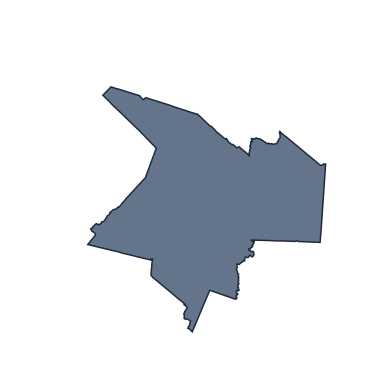 the district of Los Herreras, Nuevo León, Mexico, rotated 310°
{"feature_id": "50627088B26281620081416", "entity_name": "Los Herreras", "entity_type": "district", "adm_level": 2, "iso_a3": "MEX", "parent_name": "Mexico", "parent_adm1": "Nuevo León", "projection": "mercator", "projection_center": [-99.412, 25.939], "detail": "fine", "context": "isolated", "style": "filled", "palette": "slate", "viewbox_px": 384, "rotation_deg": 310, "n_neighbors": 0, "source": "geoboundaries", "source_scale": "gbopen_adm2", "svg_char_len": 5950}
<svg xmlns="http://www.w3.org/2000/svg" viewBox="0 0 384 384"><g transform="rotate(310 192 192)"><path d="M208.8,61.5L208.2,70.9L207.8,73.0L207.5,76.0L206.7,89.7L206.3,94.0L205.2,110.9L204.9,114.3L204.8,114.8L204.6,115.2L204.8,115.7L203.9,123.8L203.9,124.9L203.6,125.9L203.0,132.4L202.9,134.7L202.7,134.9L202.6,136.5L189.9,141.0L181.2,144.2L177.7,145.4L173.1,147.1L145.9,145.8L133.6,145.8L133.1,145.5L133.1,145.2L132.9,145.0L132.6,144.9L130.8,144.9L130.3,144.6L129.7,144.4L128.4,143.5L126.9,142.8L124.9,142.8L124.6,142.5L124.0,142.3L123.6,142.3L123.3,142.3L123.1,142.4L122.9,143.0L122.6,143.2L121.4,143.1L119.5,142.4L118.3,142.6L117.4,143.1L116.5,142.8L116.0,143.3L115.1,143.2L114.4,143.3L114.0,143.5L113.2,143.2L112.4,143.3L111.1,142.1L110.9,142.1L110.3,142.2L109.8,142.5L109.5,142.6L109.3,142.6L108.9,142.3L108.5,142.5L108.3,142.5L106.9,141.5L106.9,141.3L106.8,141.2L107.0,141.0L107.0,140.8L106.7,140.7L106.2,139.0L105.4,138.9L104.9,138.7L104.6,138.6L103.3,138.8L102.7,138.5L101.8,138.3L101.3,138.3L101.0,138.5L100.6,138.7L100.5,138.8L100.4,139.0L100.2,139.1L99.5,138.6L99.0,138.1L98.9,138.1L98.7,138.1L98.2,139.0L97.7,140.2L97.7,140.8L98.1,143.7L97.2,145.7L84.7,145.9L99.1,174.7L100.2,177.5L113.4,204.1L114.4,203.6L115.3,204.9L114.1,205.5L102.0,213.9L101.3,216.9L101.4,223.3L101.5,241.3L101.4,250.4L101.3,251.2L101.5,251.3L101.5,258.9L100.5,258.6L100.8,261.5L100.6,261.5L100.4,262.5L99.9,262.8L99.6,262.9L98.5,262.9L97.6,263.1L96.8,263.3L95.6,263.3L95.3,263.4L94.9,263.9L94.1,263.8L93.5,264.0L93.4,264.3L92.9,264.8L92.9,265.1L92.7,265.3L92.2,265.5L91.0,266.7L90.2,267.1L90.1,267.9L90.3,268.3L90.3,268.7L91.1,269.4L91.6,270.1L91.7,270.4L92.2,273.9L90.1,274.8L88.3,275.6L85.9,276.1L84.9,276.5L85.5,277.5L85.2,279.8L85.0,282.1L121.1,270.9L127.6,269.0L127.9,269.0L128.2,269.0L136.6,291.1L136.8,291.5L137.0,292.2L137.3,292.6L137.2,292.9L137.4,293.2L137.8,294.4L139.3,294.6L139.7,294.5L139.9,294.4L140.0,293.7L140.2,293.2L140.3,292.9L140.4,292.6L140.8,292.6L141.3,292.7L142.0,292.7L143.1,292.7L143.4,292.6L143.5,292.2L143.1,291.9L143.1,291.5L143.4,290.8L143.9,290.6L144.1,289.9L144.3,289.6L145.0,289.5L145.3,289.6L145.6,289.9L146.1,291.0L146.3,291.2L146.7,291.2L147.5,290.7L147.7,290.3L147.7,290.1L147.5,289.8L147.6,289.6L147.8,289.3L148.0,288.8L148.1,288.7L148.4,288.7L148.9,288.8L149.0,288.8L149.4,288.1L149.6,287.2L150.0,286.9L150.3,286.8L151.3,287.1L152.0,286.8L152.4,286.2L152.3,285.7L152.4,285.4L152.8,285.2L153.0,284.9L153.3,284.8L154.0,284.8L154.5,284.5L154.8,284.2L155.0,283.4L155.2,283.2L155.9,283.1L156.7,282.8L156.8,282.5L156.9,281.8L157.2,281.4L158.5,280.9L158.9,280.6L159.0,280.2L159.2,278.8L159.5,278.5L160.2,277.9L160.5,277.5L160.7,277.1L160.8,276.4L160.9,276.1L161.3,275.8L161.7,275.7L162.4,275.6L162.8,275.5L164.6,273.6L165.1,273.2L165.6,272.8L166.0,272.8L166.3,273.1L166.3,274.0L167.1,274.8L167.8,274.8L169.0,275.0L170.7,275.6L172.4,275.5L172.8,275.8L172.7,276.2L172.9,276.5L173.1,276.6L173.4,276.6L173.6,276.2L173.9,276.1L175.6,274.8L176.0,274.7L176.4,274.7L176.7,274.9L176.8,275.0L176.9,275.8L177.1,276.3L178.1,277.1L178.8,277.3L179.2,277.2L179.5,277.1L179.8,276.8L180.0,276.8L180.4,276.8L180.7,277.0L180.8,277.5L180.9,277.8L180.7,279.2L180.9,279.6L181.1,279.9L181.3,280.0L181.6,280.1L182.3,279.9L183.2,280.0L183.6,279.8L184.0,279.5L184.7,278.8L185.5,278.2L185.6,276.8L185.3,276.5L184.7,276.1L184.5,275.6L184.4,275.3L184.5,274.9L185.0,274.3L185.0,274.1L185.0,273.9L184.9,273.8L184.3,273.7L184.0,273.4L184.1,272.7L184.3,272.3L184.6,272.1L184.8,272.1L185.4,272.2L185.8,272.4L186.1,272.6L186.7,273.1L187.4,273.2L188.0,273.1L188.4,273.5L188.7,273.5L189.0,273.5L189.3,273.4L189.6,272.6L190.1,272.3L190.5,272.2L190.9,272.5L191.2,272.5L192.4,272.3L192.6,272.1L192.6,271.7L192.8,271.5L193.1,271.5L193.5,271.8L194.1,271.3L194.3,270.9L194.3,270.7L194.1,270.5L193.7,270.0L193.2,269.8L192.9,269.2L192.8,268.8L193.0,268.4L193.5,268.3L194.9,270.3L205.5,283.7L206.6,285.2L208.6,287.9L212.2,292.2L220.8,303.2L221.9,303.2L222.3,303.9L222.1,304.8L235.7,322.5L244.7,316.2L299.3,276.4L298.0,274.7L297.7,274.8L297.0,274.8L296.4,274.8L295.0,273.1L294.9,253.4L294.8,228.3L294.7,228.0L294.6,221.4L294.8,221.0L294.8,220.5L294.4,220.8L293.6,220.8L293.4,221.1L293.1,221.3L293.0,221.7L293.3,222.2L293.3,222.3L291.8,223.1L291.5,223.4L290.4,224.5L290.1,224.7L289.7,224.8L289.0,224.8L288.8,224.8L288.5,224.7L288.0,224.6L287.9,224.7L287.1,224.8L286.4,225.3L286.0,225.4L284.8,225.4L284.1,225.6L283.9,225.7L283.5,225.7L282.9,225.3L282.4,225.1L282.1,224.5L281.6,224.2L280.7,223.3L280.4,222.9L280.3,222.2L280.0,221.5L279.8,221.4L279.2,221.2L278.9,220.8L278.7,220.1L278.6,219.5L278.5,219.1L278.1,218.9L277.5,218.8L277.2,218.6L277.2,217.6L277.1,216.5L277.2,215.7L276.9,214.6L276.9,213.6L276.7,212.1L276.4,211.1L276.5,210.2L276.3,209.7L275.8,209.2L275.6,208.9L275.1,207.8L274.9,206.8L274.7,206.5L274.5,206.4L274.3,206.3L273.6,206.1L272.5,205.6L272.3,205.2L272.0,204.2L271.5,203.4L271.1,203.3L270.8,203.3L270.7,203.4L270.4,204.2L270.2,204.6L270.1,205.3L269.5,205.7L269.4,205.7L269.2,205.6L268.8,204.9L268.3,204.7L268.2,204.8L268.0,205.2L267.7,205.4L267.3,205.5L266.9,205.9L266.5,206.2L265.9,206.3L265.7,206.4L265.3,206.8L265.0,207.0L264.2,206.8L264.0,207.0L263.9,207.3L263.8,207.9L263.7,208.2L263.5,208.5L262.9,208.6L262.5,208.9L261.4,209.0L260.8,209.7L259.6,210.2L258.9,210.6L258.4,210.7L257.4,211.6L256.7,212.5L256.7,211.2L256.9,209.4L256.9,207.3L256.9,198.9L256.1,198.8L255.8,198.7L255.5,198.4L254.9,198.1L254.7,197.6L254.7,192.7L253.9,192.1L253.9,187.3L254.5,185.9L254.7,185.7L254.8,184.6L255.1,184.0L253.9,183.4L253.9,170.8L254.3,169.7L254.4,169.0L254.4,168.4L254.7,165.2L254.2,162.5L255.2,146.4L252.6,140.6L245.9,123.9L245.7,123.9L245.5,122.8L245.4,122.3L245.0,121.6L244.9,121.3L244.9,121.2L244.0,118.7L238.3,105.1L234.5,95.9L231.5,95.6L231.6,92.1L231.9,91.0L232.0,90.8L232.0,89.8L231.5,88.6L231.5,88.3L231.3,88.2L231.2,87.8L230.9,87.2L223.3,68.9L223.1,68.7L222.9,68.0L222.7,67.9L220.5,62.4L208.8,61.5Z" fill="#64748b" stroke="#1e293b" stroke-width="1.5"/></g></svg>